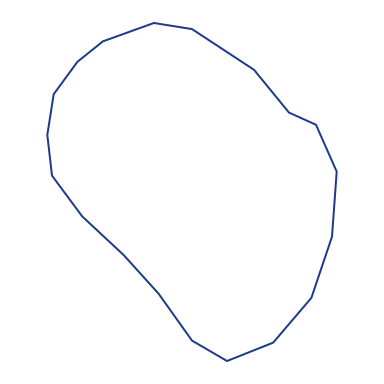 SVG path tracing the border of Astana
{"feature_id": "KAZ-4830", "entity_name": "Astana", "entity_type": "City", "adm_level": 1, "iso_a3": "KAZ", "parent_name": "Kazakhstan", "parent_adm1": "", "projection": "natural_earth1", "projection_center": [71.419, 51.14], "detail": "fine", "context": "isolated", "style": "outline", "palette": "blue", "viewbox_px": 384, "rotation_deg": 0, "n_neighbors": 0, "source": "natural_earth", "source_scale": "10m", "svg_char_len": 355}
<svg xmlns="http://www.w3.org/2000/svg" viewBox="0 0 384 384"><path d="M153.8,23.0L192.0,29.1L254.0,69.8L289.0,112.6L316.0,124.8L336.7,171.6L332.0,236.7L311.4,297.8L273.2,342.6L227.0,361.0L192.0,340.6L158.6,293.7L123.6,255.0L82.2,216.4L52.0,175.6L47.3,134.9L53.7,94.2L77.5,61.7L103.0,41.3L153.8,23.0Z" fill="none" stroke="#1e3a8a" stroke-width="2"/></svg>